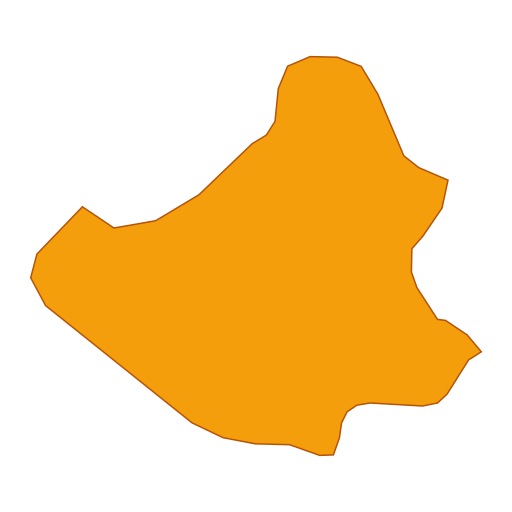 Siquijor, Robinson projection
{"feature_id": "PHL-2517", "entity_name": "Siquijor", "entity_type": "Province", "adm_level": 1, "iso_a3": "PHL", "parent_name": "Philippines", "parent_adm1": "", "projection": "robinson", "projection_center": [123.634, 9.196], "detail": "fine", "context": "isolated", "style": "filled", "palette": "amber", "viewbox_px": 512, "rotation_deg": 0, "n_neighbors": 0, "source": "natural_earth", "source_scale": "10m", "svg_char_len": 650}
<svg xmlns="http://www.w3.org/2000/svg" viewBox="0 0 512 512"><path d="M437.5,319.4L445.5,320.4L467.1,334.9L481.3,351.8L468.6,359.9L447.0,394.2L437.5,403.0L422.6,406.0L370.1,403.0L356.8,405.2L347.1,411.8L341.6,422.8L339.4,437.9L333.4,454.9L319.7,455.4L289.5,444.7L255.2,443.8L223.1,437.7L192.1,422.9L45.6,305.6L30.7,277.8L36.9,254.1L82.4,206.8L113.9,228.0L155.7,220.7L198.9,194.8L252.3,143.6L266.3,135.1L275.0,121.4L278.3,88.6L287.6,66.2L310.1,56.6L337.2,57.2L361.2,66.4L377.9,94.3L403.8,155.8L418.7,167.6L448.0,180.2L442.0,208.1L423.0,236.0L411.9,248.7L411.4,272.0L416.9,287.6L437.5,319.4Z" fill="#f59e0b" stroke="#b45309" stroke-width="1.5"/></svg>